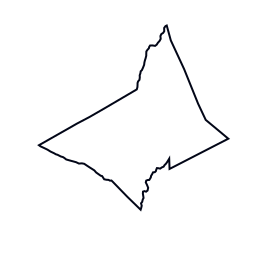 outline of Camalaú, Paraíba, Brazil, rotated 158°
{"feature_id": "56859067B1545976876793", "entity_name": "Camalaú", "entity_type": "district", "adm_level": 2, "iso_a3": "BRA", "parent_name": "Brazil", "parent_adm1": "Paraíba", "projection": "equal_earth", "projection_center": [-36.768, -7.907], "detail": "fine", "context": "isolated", "style": "outline", "palette": "ink", "viewbox_px": 256, "rotation_deg": 158, "n_neighbors": 0, "source": "geoboundaries", "source_scale": "gbopen_adm2", "svg_char_len": 1484}
<svg xmlns="http://www.w3.org/2000/svg" viewBox="0 0 256 256"><g transform="rotate(158 128 128)"><path d="M217.0,145.4L216.1,143.9L214.9,142.6L212.5,140.0L210.7,138.0L208.6,135.1L206.0,132.3L204.7,130.6L203.4,129.6L201.0,126.8L199.2,125.4L198.2,124.0L197.1,122.0L194.8,120.2L192.7,118.6L191.1,117.4L188.9,115.7L186.8,113.4L184.0,112.5L182.0,111.2L180.1,108.4L178.3,105.8L176.5,103.3L175.1,101.3L174.2,98.7L171.2,94.0L170.0,93.1L169.3,89.4L167.4,88.1L165.5,87.2L164.4,85.9L163.0,85.5L162.1,83.4L154.4,64.5L146.9,47.5L145.6,49.1L144.4,50.8L144.1,53.3L142.5,54.2L141.1,56.2L139.8,57.3L139.3,59.4L138.8,61.6L137.9,63.4L136.4,63.3L135.1,62.2L133.3,62.7L131.7,65.0L131.7,68.2L131.9,70.9L130.8,72.4L129.3,72.4L127.7,71.9L125.4,73.6L124.5,75.0L123.1,76.0L121.4,77.5L119.7,77.0L118.4,77.5L117.4,78.8L116.2,80.0L115.0,79.4L113.4,78.3L111.3,78.8L109.5,78.8L108.0,79.9L106.1,80.7L104.4,81.8L102.9,82.9L101.3,84.1L104.8,74.5L99.1,75.0L39.0,80.5L52.9,106.4L53.9,124.3L53.9,161.5L55.5,193.2L53.7,208.5L55.1,208.4L57.0,207.2L58.2,204.1L59.8,203.0L61.9,202.6L63.5,201.1L64.3,198.4L66.1,196.9L68.4,195.8L70.2,194.5L72.1,194.0L74.4,195.4L76.6,196.2L77.9,195.3L78.9,194.0L80.5,193.3L82.3,192.1L83.3,189.9L84.0,188.2L85.6,186.0L87.1,184.2L88.3,182.5L89.4,180.5L91.7,178.1L93.5,176.4L95.0,175.8L96.0,174.1L97.4,172.5L98.1,170.5L99.3,168.4L101.2,167.4L102.3,166.1L103.0,164.4L104.0,162.3L105.4,160.5L141.9,155.1L159.8,152.6L173.7,151.2L217.0,145.4Z" fill="none" stroke="#020617" stroke-width="2"/></g></svg>